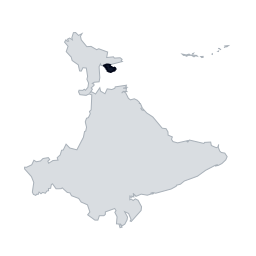 where Tripura sits in India, rotated 266°
{"feature_id": "IND-3301", "entity_name": "Tripura", "entity_type": "State", "adm_level": 1, "iso_a3": "IND", "parent_name": "India", "parent_adm1": "", "projection": "mercator", "projection_center": [91.787, 23.743], "detail": "fine", "context": "in_parent", "style": "filled", "palette": "ink", "viewbox_px": 256, "rotation_deg": 266, "n_neighbors": 0, "source": "natural_earth", "source_scale": "10m", "svg_char_len": 5335}
<svg xmlns="http://www.w3.org/2000/svg" viewBox="0 0 256 256"><g transform="rotate(266 128 128)"><path d="M29.1,113.1L32.8,112.3L33.2,109.8L40.2,110.9L44.8,109.0L46.4,110.3L48.6,109.1L45.9,99.6L43.3,99.3L42.2,97.8L42.5,93.3L38.2,91.5L38.4,88.6L44.2,81.7L46.9,84.1L54.2,82.2L57.4,76.1L61.2,73.9L64.4,66.9L67.3,65.6L68.0,62.9L72.9,58.2L72.1,57.0L72.4,52.0L77.6,48.8L77.0,47.6L73.3,46.6L73.1,44.4L71.0,44.4L70.7,42.6L68.7,41.0L69.7,38.4L68.5,36.6L70.3,34.8L68.0,33.7L68.4,32.4L67.2,31.3L68.4,29.0L70.7,28.1L80.2,30.2L86.2,28.3L94.4,22.0L96.1,22.1L95.9,24.0L98.0,29.4L102.4,31.9L100.7,34.2L101.2,38.4L103.5,41.1L104.0,46.5L102.0,47.7L100.5,45.7L98.4,46.4L100.8,50.9L100.8,55.9L103.3,55.3L105.9,58.5L110.4,60.2L110.6,61.9L116.2,65.1L112.1,68.5L109.8,75.5L121.9,82.9L127.5,84.4L127.9,85.6L131.7,86.7L137.1,85.8L140.6,87.3L141.1,89.2L144.9,91.4L147.1,90.7L148.7,92.5L163.6,94.2L164.7,91.6L163.5,88.5L164.6,82.3L167.5,81.2L169.1,81.8L168.7,85.5L169.7,87.1L168.6,88.2L171.4,90.9L175.6,91.8L179.5,90.4L182.2,91.3L190.7,90.6L191.3,87.3L188.0,85.3L188.3,83.7L194.5,82.8L199.2,77.0L202.7,76.3L208.5,71.7L213.7,73.9L218.1,70.7L220.3,72.2L218.7,73.5L218.8,74.8L220.8,73.8L221.8,76.0L219.8,78.7L222.0,78.3L226.9,80.2L226.9,82.4L223.8,85.1L225.4,88.7L222.9,87.0L219.2,87.5L212.0,92.6L212.0,96.8L208.3,102.2L209.1,104.3L205.2,113.0L199.8,111.6L200.0,118.5L198.7,119.2L198.6,125.1L196.9,126.9L195.6,125.9L194.7,127.0L192.4,114.4L190.3,114.4L188.2,119.6L186.9,118.0L186.1,118.7L185.1,115.2L186.5,111.4L189.9,110.6L191.4,109.0L192.3,105.5L193.9,105.0L191.1,103.4L180.2,103.4L176.1,102.4L176.0,97.6L175.0,95.5L174.1,97.1L172.9,97.1L170.5,94.0L169.2,95.2L166.1,92.8L166.6,94.3L164.2,98.0L170.1,102.7L166.7,103.2L163.8,107.4L168.5,110.0L167.5,114.5L168.5,117.6L169.9,118.1L170.8,129.4L169.4,128.7L168.7,129.9L168.0,125.9L167.6,129.3L165.6,128.6L164.4,129.5L164.9,125.8L163.2,124.1L164.7,125.9L163.3,128.1L157.5,130.5L155.9,132.4L156.7,136.3L155.1,139.1L152.6,141.3L151.7,141.0L151.5,142.1L147.2,143.6L146.7,142.2L145.0,143.1L144.5,144.3L146.3,144.1L141.7,147.7L137.2,153.6L125.4,162.1L124.7,165.9L121.3,167.6L118.1,167.5L116.0,171.6L113.7,170.6L111.3,171.9L109.7,176.4L111.4,187.5L110.4,185.9L109.8,186.7L111.7,188.4L107.3,202.6L108.3,203.4L108.2,209.5L104.7,209.9L102.2,214.7L102.7,216.3L105.3,217.3L102.4,216.7L98.6,217.9L97.1,219.3L96.2,222.8L92.5,224.9L89.4,223.3L86.0,219.2L84.4,215.5L83.9,212.2L85.3,214.9L84.6,212.2L80.3,202.3L75.1,194.0L71.2,180.5L68.3,176.4L67.5,172.3L66.5,172.0L64.1,166.7L61.0,151.1L61.9,148.4L61.7,147.5L60.7,148.7L60.5,148.0L60.6,146.4L61.8,146.6L60.4,145.9L59.6,142.6L61.1,136.5L59.3,131.4L60.1,130.7L59.2,130.8L62.6,128.6L58.8,129.0L59.8,127.0L58.6,127.0L58.8,125.7L60.6,125.1L56.3,124.8L56.9,126.2L55.3,128.1L56.8,130.3L55.2,133.0L48.5,136.0L44.8,135.3L34.5,124.7L35.1,123.6L36.6,124.7L42.7,122.6L44.8,118.8L39.2,121.3L36.3,120.6L32.3,118.1L30.8,115.3L33.2,113.2L29.5,115.1L29.1,113.1ZM195.7,201.1L194.4,198.8L196.1,196.3L196.6,188.4L198.0,187.1L196.8,191.3L197.5,194.1L196.6,194.8L195.7,201.1ZM203.1,230.7L203.2,234.0L202.0,232.2L203.1,230.7ZM194.2,207.9L193.3,207.9L193.1,206.5L194.2,205.5L194.2,207.9ZM200.1,225.3L200.0,226.3L199.8,225.4L200.1,225.3ZM201.1,224.0L200.8,225.3L200.9,223.9L201.1,224.0ZM202.2,229.5L201.9,230.5L201.6,230.1L202.2,229.5ZM196.2,217.4L195.6,217.4L195.9,216.9L196.2,217.4ZM195.4,201.6L194.8,202.1L195.1,201.3L195.4,201.6ZM197.7,197.6L198.0,198.6L197.2,197.9L197.7,197.6ZM198.5,223.7L198.0,223.6L198.2,223.0L198.5,223.7ZM195.7,191.3L195.4,192.3L195.6,191.2L195.7,191.3Z" fill="#d9dde1" stroke="#a8b0b8" stroke-width="1"/><path d="M192.5,114.3L192.4,114.2L192.3,114.3L192.2,114.6L191.9,114.3L191.8,114.1L191.5,114.2L191.4,114.3L191.2,114.6L190.9,114.8L190.8,114.7L190.5,114.4L190.4,114.2L190.2,114.1L190.2,114.4L190.2,114.7L190.4,115.5L190.4,115.8L190.2,116.1L190.0,116.3L189.6,116.4L189.5,116.5L189.3,116.8L189.1,117.1L189.0,117.5L189.1,117.8L189.2,118.0L189.3,118.5L189.4,118.8L189.2,119.0L189.0,119.3L188.9,119.4L188.8,119.5L188.7,119.6L188.4,119.6L188.2,119.6L188.1,119.8L187.9,119.9L187.9,119.7L187.7,119.6L187.5,119.4L187.5,119.2L187.4,119.2L187.2,118.4L187.1,118.1L187.0,117.9L186.9,117.9L186.8,117.6L186.6,117.5L186.4,117.7L186.4,117.8L186.4,118.2L186.5,118.8L186.5,119.0L186.3,119.0L186.1,118.7L186.0,118.4L185.9,117.2L185.9,116.9L185.7,116.7L185.6,116.3L185.5,116.1L185.3,115.9L185.2,115.7L185.1,115.3L184.9,115.0L184.9,114.8L184.9,114.7L185.0,114.6L185.1,114.4L184.9,114.3L184.9,114.2L185.0,114.0L185.3,113.9L185.5,113.4L185.5,113.2L185.4,113.0L185.4,112.9L185.7,112.4L185.8,112.2L186.0,112.1L186.3,112.1L186.3,111.8L186.3,111.5L186.4,111.3L186.7,111.3L187.2,111.4L187.5,111.5L187.8,111.4L188.0,111.3L188.1,111.2L188.2,110.6L188.3,110.5L188.4,110.8L188.5,110.9L188.6,111.0L188.9,111.0L188.9,110.9L188.9,110.7L188.9,110.4L189.4,110.4L189.5,110.5L189.7,110.9L189.8,111.0L189.9,110.9L190.0,110.8L190.1,110.1L190.1,109.7L190.3,109.6L190.6,109.7L190.4,109.4L191.0,109.3L191.4,109.2L191.5,109.1L191.5,108.9L191.5,108.4L191.6,108.2L191.8,108.0L192.3,108.4L192.3,108.5L192.4,108.8L192.5,109.1L192.5,109.4L192.5,109.5L192.2,110.1L192.3,110.2L192.8,110.3L192.9,110.5L193.0,110.6L193.0,111.3L192.9,111.7L192.9,111.8L192.9,112.0L193.0,112.0L192.9,112.5L192.9,112.8L192.9,113.0L192.7,113.2L192.6,113.3L192.6,113.5L192.6,114.2L192.5,114.3Z" fill="#0f172a" stroke="#020617" stroke-width="1.5"/></g></svg>